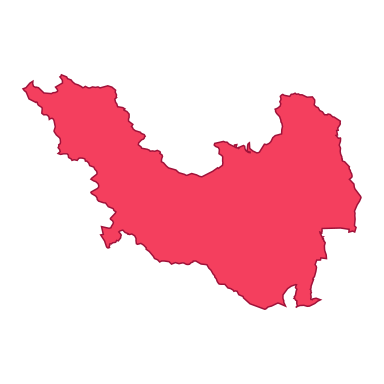 Panticeu, Cluj, Romania
{"feature_id": "2599482B63681333603727", "entity_name": "Panticeu", "entity_type": "district", "adm_level": 2, "iso_a3": "ROU", "parent_name": "Romania", "parent_adm1": "Cluj", "projection": "albers", "projection_center": [23.537, 47.044], "detail": "fine", "context": "isolated", "style": "filled", "palette": "rose", "viewbox_px": 384, "rotation_deg": 0, "n_neighbors": 0, "source": "geoboundaries", "source_scale": "gbopen_adm2", "svg_char_len": 5956}
<svg xmlns="http://www.w3.org/2000/svg" viewBox="0 0 384 384"><path d="M320.5,299.8L316.1,298.2L312.9,298.9L312.2,299.7L311.8,299.3L310.9,299.4L310.7,298.3L311.1,297.5L311.0,295.9L310.6,293.8L311.4,292.6L310.8,291.2L311.0,290.1L310.3,289.3L311.0,288.1L311.1,286.1L313.5,279.4L312.8,279.1L313.3,277.9L314.4,276.7L315.8,271.7L316.5,267.4L316.2,266.3L315.1,264.6L316.7,260.1L320.5,260.0L320.9,257.9L326.5,258.6L326.2,254.9L324.7,250.5L324.5,248.5L324.4,245.7L325.2,242.8L324.1,241.0L323.9,241.6L323.4,238.7L322.6,238.9L322.5,237.6L323.1,236.9L322.1,237.0L320.3,233.6L319.9,232.1L320.7,232.4L321.3,233.7L321.9,233.1L321.7,231.9L322.2,231.0L321.9,230.2L322.2,228.5L340.5,228.0L349.1,229.3L348.9,232.1L352.7,231.1L354.7,232.0L356.1,227.4L354.7,226.1L354.5,225.4L355.1,219.2L354.8,215.5L355.0,213.3L354.5,211.1L357.2,204.8L359.5,201.2L361.0,197.7L360.6,196.4L355.0,189.0L354.3,187.2L353.9,184.0L349.4,179.3L351.7,177.4L352.1,176.2L351.7,173.9L350.5,171.7L350.3,170.3L349.3,169.1L349.1,167.4L349.4,166.8L344.7,161.8L342.5,161.0L342.2,160.5L342.3,159.0L341.9,158.9L341.8,156.8L340.6,154.0L340.2,151.4L340.5,148.1L339.2,145.1L340.4,141.4L340.6,138.5L340.4,138.0L338.4,138.3L336.0,135.4L337.5,135.0L336.6,130.5L338.2,130.3L337.7,128.0L339.6,125.3L340.3,123.9L340.1,122.8L340.3,121.1L334.0,117.0L332.7,116.9L330.2,114.5L328.0,114.0L327.4,114.8L324.5,114.7L322.5,111.9L319.7,110.5L318.1,107.6L316.3,107.0L314.4,105.2L314.2,104.6L314.7,102.4L314.7,99.9L312.4,96.9L307.1,97.2L302.1,94.8L299.9,94.8L298.3,93.9L296.5,94.3L295.1,93.2L293.2,94.1L291.2,94.3L289.7,96.4L284.2,95.3L282.8,94.4L281.9,94.8L280.3,96.3L281.0,98.9L280.7,100.1L279.8,101.7L280.8,103.8L280.1,106.2L277.5,108.2L275.1,109.2L275.5,109.8L275.6,111.6L276.7,113.5L279.6,116.6L280.8,120.0L281.0,122.0L281.9,123.3L282.5,126.5L281.8,129.6L281.6,133.9L275.2,135.6L272.8,137.7L271.0,141.5L269.4,143.2L266.7,144.6L264.4,144.2L259.4,152.2L257.8,152.8L256.8,152.9L252.9,151.0L249.9,148.6L249.7,147.9L249.4,142.8L248.3,143.6L247.7,145.0L247.2,150.5L247.6,151.4L250.2,152.1L250.1,152.7L248.3,152.4L245.9,150.6L244.9,148.6L244.7,146.3L243.5,145.5L239.8,147.0L238.8,148.3L238.4,147.5L237.6,148.0L236.0,147.6L236.8,144.6L234.5,145.0L234.5,146.8L229.0,144.1L227.1,142.2L225.1,142.1L223.5,141.4L214.7,143.4L214.2,145.0L215.5,146.4L218.4,147.6L219.4,149.6L219.0,153.7L221.8,155.5L222.7,156.8L222.6,161.1L222.9,162.6L222.5,165.3L218.3,168.4L217.6,167.8L212.7,171.3L201.9,176.8L199.6,176.4L196.6,174.9L191.7,173.5L187.1,175.3L186.0,175.3L184.6,174.4L178.8,172.7L175.9,170.0L168.5,167.9L166.4,166.1L163.6,162.9L161.4,161.7L161.6,158.9L162.5,156.4L162.0,154.9L159.8,153.4L160.3,152.4L159.9,151.6L157.3,150.4L154.8,151.3L152.6,150.9L150.2,151.2L149.4,150.2L147.3,149.3L141.6,148.2L141.0,146.8L138.3,144.8L138.7,142.8L141.6,139.8L143.4,139.1L144.3,138.0L144.5,136.9L145.2,136.3L144.2,134.6L141.2,133.4L140.5,132.3L135.3,130.7L133.2,129.1L132.3,127.2L131.5,126.6L132.9,124.4L128.6,121.2L128.5,119.0L129.1,117.4L129.1,114.1L126.9,111.5L124.0,110.2L123.9,109.7L124.9,108.9L122.8,107.6L117.6,106.7L116.8,103.9L115.6,102.3L114.8,99.1L116.6,97.5L116.2,97.1L116.5,94.9L115.2,92.1L115.6,90.2L111.9,87.1L107.8,85.8L100.0,87.9L98.0,86.9L95.5,87.4L92.5,86.9L89.8,88.0L88.3,87.9L85.3,86.4L83.8,87.5L82.5,87.7L81.7,86.8L78.2,84.9L75.0,83.9L72.3,81.6L71.2,80.0L67.6,78.7L66.6,76.9L61.4,74.8L60.9,76.1L59.9,76.9L61.6,79.0L62.4,80.5L62.5,83.0L55.5,87.1L57.2,89.3L57.7,90.6L57.4,91.5L55.3,92.5L53.1,92.7L51.4,93.6L44.0,93.0L38.5,87.7L36.1,87.1L35.8,87.5L33.5,86.3L32.7,83.8L32.9,81.2L29.8,83.2L26.0,87.7L23.0,88.8L24.3,90.6L26.2,92.1L29.0,98.9L35.8,102.4L36.1,102.0L37.3,102.4L37.5,103.7L38.4,105.2L41.9,107.5L42.2,108.8L41.8,113.2L43.7,114.8L46.5,114.7L48.0,115.7L49.0,117.2L49.3,119.4L50.5,118.6L52.1,118.3L53.2,119.0L54.0,120.5L55.3,126.9L54.1,130.6L54.1,131.5L56.3,134.9L59.6,137.8L60.2,139.0L60.5,142.2L60.2,143.7L58.7,144.8L58.9,146.1L58.1,147.7L59.6,149.5L60.2,151.6L58.1,153.5L60.6,154.4L63.6,153.8L67.0,153.8L68.1,154.7L68.6,157.5L71.0,158.8L72.0,160.4L74.1,159.7L77.2,160.4L78.7,158.4L79.9,158.0L82.4,158.1L84.4,158.7L84.9,159.0L85.4,161.1L86.8,161.1L88.7,163.0L89.7,165.6L93.8,167.1L94.8,169.2L96.6,171.2L97.1,173.0L96.8,174.2L91.8,178.1L90.9,179.2L93.7,180.9L95.7,181.6L98.0,183.6L98.7,185.5L98.6,187.2L97.4,188.5L91.2,191.9L90.9,192.6L91.9,193.8L95.7,196.0L97.0,197.8L97.3,199.6L98.6,201.1L103.3,202.7L105.6,203.0L108.3,206.7L113.2,208.6L113.9,210.4L115.9,211.9L115.2,213.3L110.4,218.4L110.5,219.2L112.6,220.8L113.4,222.5L113.2,223.5L111.3,226.6L111.0,227.7L109.1,228.3L101.5,226.6L103.3,234.4L100.7,234.9L104.6,241.0L106.5,246.7L107.1,247.5L108.0,248.0L109.5,247.5L109.1,246.6L109.8,245.1L109.6,244.3L110.1,243.7L111.4,243.9L112.6,242.8L115.6,242.3L116.7,240.4L118.3,240.9L120.7,237.8L120.6,237.0L121.2,235.2L120.9,234.4L118.8,231.9L120.2,230.8L122.8,230.1L125.1,232.5L128.0,233.6L127.8,234.1L129.6,234.5L131.8,234.0L134.7,235.8L136.1,238.6L136.0,240.7L136.4,243.7L137.5,244.3L140.9,243.4L143.6,245.1L146.2,247.8L146.1,249.2L149.3,251.5L153.4,256.4L154.5,258.5L157.6,259.8L159.7,262.0L161.6,261.0L164.3,261.0L169.1,261.7L171.5,264.1L175.4,262.6L179.0,263.7L182.3,262.9L183.8,263.0L186.3,264.3L188.0,264.5L189.5,264.2L190.9,262.8L192.9,262.0L193.2,261.1L195.8,261.0L201.0,264.0L206.9,264.7L208.9,268.2L211.0,270.2L213.1,274.0L214.7,275.8L214.8,277.0L216.3,278.8L217.3,281.6L218.8,283.8L220.0,284.2L224.9,284.3L227.9,287.9L230.6,288.6L233.0,290.0L233.9,291.3L235.2,290.9L237.1,291.3L238.8,294.7L243.1,296.5L243.5,297.9L250.0,303.8L264.6,309.2L265.7,309.0L268.2,306.9L271.4,306.1L277.6,303.1L278.7,303.2L285.5,306.1L283.7,302.2L283.8,300.9L282.9,298.3L283.0,294.9L287.6,288.6L291.3,286.1L295.6,284.6L296.5,284.7L295.5,287.1L295.5,287.7L296.9,289.2L296.2,291.1L295.4,295.4L294.3,296.7L294.6,297.5L294.1,298.3L294.5,298.3L295.6,300.1L296.8,300.8L296.8,303.7L297.4,305.7L295.8,307.5L297.6,306.3L300.0,305.5L303.8,305.3L307.3,306.3L309.5,306.1L314.8,303.5L317.7,301.2L320.5,299.8Z" fill="#f43f5e" stroke="#9f1239" stroke-width="1.5"/></svg>